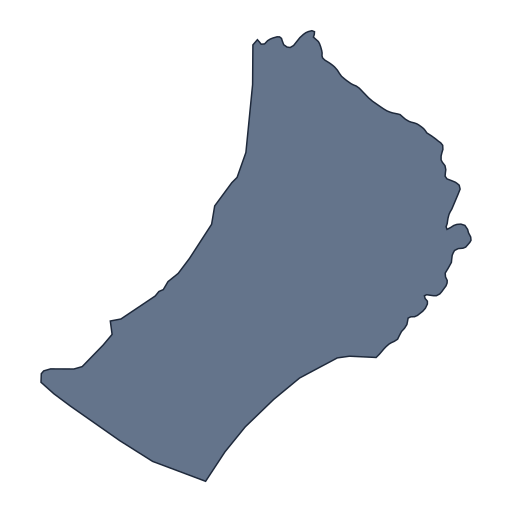 the district of San Pedro La Laguna, Sololá, Guatemala
{"feature_id": "79465075B50823159206102", "entity_name": "San Pedro La Laguna", "entity_type": "district", "adm_level": 2, "iso_a3": "GTM", "parent_name": "Guatemala", "parent_adm1": "Sololá", "projection": "mercator", "projection_center": [-91.261, 14.648], "detail": "fine", "context": "isolated", "style": "filled", "palette": "slate", "viewbox_px": 512, "rotation_deg": 0, "n_neighbors": 0, "source": "geoboundaries", "source_scale": "gbopen_adm2", "svg_char_len": 2390}
<svg xmlns="http://www.w3.org/2000/svg" viewBox="0 0 512 512"><path d="M205.6,481.3L225.0,451.8L245.2,426.9L273.7,399.4L299.6,378.0L337.3,357.9L349.5,356.2L372.8,357.3L376.1,357.5L379.4,354.2L381.2,352.1L384.0,348.8L386.1,346.6L389.1,344.0L391.5,342.6L394.2,341.4L397.6,339.2L399.4,335.5L401.5,331.5L404.5,328.3L406.9,324.5L407.6,321.0L408.1,318.1L410.8,316.8L414.6,316.7L417.5,315.4L420.5,313.0L422.7,311.3L425.4,308.2L427.4,304.0L427.4,301.2L425.1,298.5L424.4,295.8L426.7,294.7L429.2,295.1L433.5,295.7L436.4,295.7L439.8,293.9L441.8,291.6L444.5,287.9L446.0,285.9L447.1,283.0L447.2,280.4L445.5,276.9L445.2,273.1L448.3,268.0L451.4,262.4L451.7,259.3L452.2,255.3L453.2,252.9L454.5,250.5L458.2,248.6L463.0,248.2L465.7,247.1L469.8,242.4L471.0,240.3L470.7,237.0L468.5,232.8L467.6,229.4L464.9,225.4L460.9,224.1L456.9,224.4L453.7,225.5L451.0,227.3L447.0,229.4L446.1,226.7L447.2,223.6L447.6,220.7L448.0,218.2L449.0,214.4L450.2,211.8L451.8,209.1L452.9,206.5L458.1,194.2L460.1,189.1L459.2,185.2L457.3,183.6L455.5,182.3L453.4,181.4L451.2,180.5L449.1,179.7L447.0,178.9L445.1,176.2L445.4,172.7L445.8,169.7L445.0,165.7L442.3,162.2L441.1,159.9L441.1,156.0L441.9,152.7L442.9,149.4L442.7,145.3L440.7,142.8L438.4,141.2L436.0,139.2L431.5,135.9L428.7,134.1L426.8,132.9L425.2,130.5L423.6,128.6L421.5,126.9L418.7,124.9L416.8,123.8L414.2,122.9L411.0,122.1L408.9,121.3L405.5,119.3L402.9,117.1L400.1,114.6L397.9,114.0L392.5,112.9L389.7,112.0L386.8,110.8L383.5,108.8L380.1,106.5L376.8,104.2L372.6,101.3L368.4,97.7L359.3,88.2L356.2,86.0L353.4,84.9L351.1,83.7L349.1,82.3L346.7,80.6L344.2,78.6L341.5,76.3L339.4,73.4L337.4,70.2L334.6,67.0L332.9,65.5L330.8,63.9L328.9,62.6L326.6,61.2L324.7,60.0L322.6,57.9L322.0,55.8L322.1,52.9L321.7,50.5L320.7,46.9L319.5,43.6L318.3,41.5L315.5,39.0L313.4,37.1L314.3,34.5L314.5,31.7L311.9,30.7L308.3,31.6L305.8,32.7L303.4,34.4L299.9,37.6L293.6,45.5L290.2,47.5L287.1,47.1L283.7,44.7L282.2,40.7L281.5,38.4L279.6,36.9L277.1,36.8L272.9,38.0L270.2,39.1L267.6,40.7L264.6,43.9L261.2,44.2L259.5,42.1L257.4,39.7L252.9,44.9L252.6,84.6L245.9,152.5L237.1,177.4L231.8,182.7L214.7,205.9L211.6,224.3L189.5,258.4L178.2,273.4L168.0,281.6L163.3,289.6L158.9,291.5L155.2,296.0L120.9,319.0L110.3,321.0L112.1,334.4L103.1,345.1L82.2,366.6L73.9,369.0L50.5,368.9L43.7,370.9L41.3,373.7L41.0,382.3L53.9,393.8L70.4,406.1L119.8,440.7L152.6,461.4L205.6,481.3Z" fill="#64748b" stroke="#1e293b" stroke-width="1.5"/></svg>